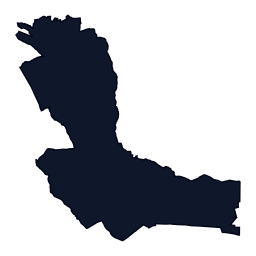 the district of Lungesti, Vâlcea, Romania
{"feature_id": "2599482B14726435776236", "entity_name": "Lungesti", "entity_type": "district", "adm_level": 2, "iso_a3": "ROU", "parent_name": "Romania", "parent_adm1": "Vâlcea", "projection": "robinson", "projection_center": [24.176, 44.603], "detail": "fine", "context": "isolated", "style": "filled", "palette": "ink", "viewbox_px": 256, "rotation_deg": 0, "n_neighbors": 0, "source": "geoboundaries", "source_scale": "gbopen_adm2", "svg_char_len": 5698}
<svg xmlns="http://www.w3.org/2000/svg" viewBox="0 0 256 256"><path d="M239.3,235.0L239.4,227.4L234.6,227.4L234.6,225.5L230.2,225.0L236.0,218.1L233.6,218.5L233.4,217.3L236.3,216.7L234.5,209.8L233.9,208.4L238.3,207.2L238.3,206.4L238.1,206.2L238.2,201.8L239.7,201.6L239.9,181.9L239.4,181.4L238.6,181.3L236.6,181.6L229.3,180.3L228.2,180.8L224.6,181.5L221.9,182.3L217.5,180.4L213.7,179.7L210.6,177.4L205.4,175.1L203.5,175.0L203.2,175.4L199.9,176.9L198.1,178.4L193.3,180.3L192.4,180.9L189.9,180.8L188.7,179.6L186.7,178.9L185.4,178.2L181.2,176.8L178.9,176.3L177.2,176.5L175.2,176.4L175.2,176.1L174.5,175.6L174.4,174.8L173.9,174.0L174.1,172.6L173.6,171.8L173.0,171.4L171.6,171.1L170.4,168.6L170.1,168.4L169.4,168.6L168.5,167.5L168.0,167.2L165.6,166.7L165.1,166.8L164.7,167.5L164.1,167.8L162.5,167.6L161.2,167.0L157.6,164.6L154.7,162.2L152.5,161.5L151.9,161.7L150.2,160.5L148.8,160.2L147.9,160.2L147.5,159.8L147.7,159.7L147.2,159.7L145.8,159.0L145.0,159.2L144.1,159.7L143.4,159.8L139.7,159.2L138.4,158.8L137.1,158.1L137.2,157.9L137.0,157.4L137.0,156.9L136.6,156.6L136.8,156.0L136.0,156.2L135.7,156.7L135.7,157.4L135.6,157.6L134.8,157.8L132.5,157.9L132.3,157.6L132.5,157.3L132.2,156.9L132.6,156.0L132.5,155.0L130.6,155.0L130.9,153.0L130.4,151.5L126.6,151.6L125.5,150.0L124.5,150.1L123.6,149.0L123.1,148.9L122.1,147.2L121.9,145.9L121.2,143.7L120.7,143.3L119.9,143.7L119.6,143.4L118.6,143.8L118.0,143.6L117.9,143.3L117.9,142.3L117.3,141.6L116.8,138.8L116.1,138.6L115.8,138.2L115.8,137.9L116.3,137.5L115.5,135.7L115.8,134.9L115.4,133.9L115.4,133.2L115.1,132.6L114.7,132.3L114.4,131.3L115.0,130.3L115.0,129.3L115.7,128.8L115.5,128.1L115.8,127.1L115.3,125.8L114.8,125.2L115.1,124.8L115.1,124.1L115.8,123.3L115.4,122.9L115.4,122.5L116.6,121.3L116.7,120.4L117.8,118.6L117.8,118.2L118.2,116.9L118.2,115.4L118.5,114.3L118.2,112.9L118.3,112.0L117.6,110.5L117.7,110.0L117.3,108.9L117.1,108.5L116.7,108.2L116.7,107.2L116.5,106.9L115.6,106.6L115.4,106.0L114.9,105.4L115.8,104.0L115.6,103.3L116.0,102.4L115.4,100.1L114.7,99.8L114.5,99.5L114.7,98.3L114.4,97.4L115.0,95.8L114.9,94.3L114.5,93.6L114.5,91.5L115.7,90.1L116.6,87.8L116.6,86.8L116.4,86.0L117.0,83.5L116.7,82.4L116.8,82.1L116.7,81.7L116.9,81.3L116.4,80.9L116.7,80.4L116.7,78.3L117.0,77.1L116.1,74.8L115.6,74.5L115.6,73.6L114.6,72.9L113.0,71.0L112.9,70.3L112.6,69.3L112.6,68.4L112.0,66.6L112.0,62.4L110.6,60.3L109.3,56.5L108.5,55.4L107.8,53.6L106.6,52.0L107.1,50.3L107.8,49.0L107.9,45.8L107.8,45.2L106.9,42.8L105.6,41.5L105.7,40.0L105.3,39.4L104.4,38.6L101.1,37.6L99.7,37.4L96.9,37.8L96.5,34.9L95.0,33.2L94.7,32.5L94.4,29.7L94.1,29.3L93.5,29.0L91.8,29.0L90.7,29.4L89.5,28.7L89.2,28.8L86.2,29.4L83.5,30.6L79.9,31.7L79.7,31.0L79.4,30.8L79.7,28.4L79.9,27.9L79.8,27.5L79.9,26.0L79.5,25.3L79.6,24.8L80.8,23.3L80.7,22.7L80.4,22.0L80.1,19.2L80.2,18.5L80.1,18.1L78.5,18.2L77.0,18.5L72.8,18.5L71.9,18.1L71.7,17.7L69.9,17.1L68.0,15.4L66.3,16.6L66.6,19.1L61.0,22.0L60.3,19.8L55.9,20.8L57.4,18.7L55.1,18.1L52.6,21.5L51.0,21.2L50.6,20.5L50.5,19.2L49.9,19.2L49.5,19.0L49.7,18.5L50.4,17.6L50.5,16.5L50.2,16.4L47.8,16.7L47.7,17.5L47.2,17.7L43.7,16.4L42.0,17.2L38.8,19.4L34.8,20.0L35.0,20.7L34.8,21.5L34.9,22.3L34.4,23.2L33.8,23.5L33.4,24.1L33.5,25.1L33.2,25.7L33.1,26.7L32.9,27.2L33.2,28.3L32.4,29.0L32.8,28.4L31.8,27.4L30.4,26.6L30.0,26.6L30.2,25.9L27.9,25.3L28.0,25.0L24.5,23.7L24.3,23.9L21.0,23.0L20.6,23.4L20.0,23.5L18.4,23.1L17.5,23.2L18.2,26.1L21.5,28.4L23.2,27.8L25.1,28.4L29.1,30.8L29.3,31.5L29.3,33.1L32.0,35.9L31.0,36.3L30.1,36.0L19.0,31.5L18.8,32.4L16.1,34.9L18.1,38.5L18.9,39.2L21.0,40.2L23.3,41.6L25.1,42.2L27.7,43.8L30.1,44.4L31.5,45.0L32.2,45.9L34.5,47.8L35.3,48.9L37.1,50.0L39.4,52.8L41.6,54.4L41.9,55.3L42.2,55.6L43.4,56.3L39.8,56.9L37.5,57.5L34.2,59.1L32.6,60.2L32.1,60.2L31.0,61.1L29.2,61.8L28.3,62.0L27.5,61.8L25.1,61.8L23.9,63.1L22.9,63.6L21.5,66.4L21.0,67.0L20.0,67.4L31.2,86.7L36.9,99.2L39.4,104.5L40.5,108.8L41.4,110.7L43.2,110.0L44.3,108.8L46.2,108.0L48.2,107.4L48.3,107.8L48.9,107.5L48.5,108.2L49.5,109.0L49.4,109.9L50.0,110.1L49.9,111.3L50.4,111.7L51.1,113.8L51.8,114.8L51.8,115.0L51.2,115.2L52.4,117.4L53.5,118.3L54.7,119.9L55.1,120.1L55.7,119.9L56.3,120.0L60.5,122.6L61.0,123.0L61.8,124.7L62.5,125.0L64.0,125.2L65.6,127.1L67.0,130.6L66.9,131.2L67.5,133.0L69.3,135.2L70.8,139.2L72.5,141.5L74.0,145.4L74.0,146.5L74.8,148.1L72.9,148.7L68.7,149.0L66.8,149.5L63.1,149.3L56.3,150.0L55.2,150.0L53.6,149.4L49.2,148.8L48.1,148.8L47.0,149.6L43.9,154.6L40.5,157.1L39.2,158.4L38.9,159.0L38.3,161.4L37.7,161.5L36.6,159.8L36.1,159.8L36.2,162.7L36.6,163.9L37.3,164.8L36.7,165.2L38.5,167.0L39.5,167.3L39.6,168.1L41.2,169.3L42.6,170.9L44.0,171.8L44.2,172.5L45.2,174.0L46.4,174.6L47.4,174.7L49.0,175.4L49.0,176.1L48.3,177.9L48.2,179.7L48.9,182.0L50.4,184.6L50.5,185.1L50.2,186.7L50.3,187.3L50.2,187.9L50.7,189.6L50.4,191.0L50.8,192.5L52.2,193.1L52.7,193.6L53.9,195.7L54.7,196.4L61.3,199.4L63.4,201.6L64.5,203.8L65.1,204.3L66.9,205.2L67.4,206.0L68.6,206.5L71.3,208.6L71.5,209.1L71.2,210.3L72.2,212.2L73.3,213.6L73.9,214.2L75.0,214.7L75.5,215.3L75.8,215.7L75.6,216.1L76.0,216.3L77.1,217.4L77.1,217.8L76.8,218.3L77.2,218.9L78.5,219.0L79.7,220.1L80.3,221.5L81.4,223.4L84.3,225.7L85.4,227.1L86.1,227.5L86.5,228.2L86.9,228.3L88.2,227.7L97.0,222.4L102.0,220.5L102.9,222.4L103.7,223.6L105.1,226.9L106.8,229.1L110.2,231.6L110.5,232.9L111.1,234.2L112.8,236.0L114.9,237.4L122.5,240.6L124.1,239.7L127.5,237.3L134.0,232.0L136.2,230.5L137.3,229.4L143.4,224.8L148.2,227.0L148.8,227.8L151.0,226.8L153.2,225.3L153.8,225.6L155.4,225.4L155.7,223.8L156.6,223.7L165.9,224.0L170.6,223.8L171.4,224.0L177.8,224.5L186.2,224.8L191.3,225.6L197.4,225.8L220.6,227.4L222.4,232.3L224.2,232.3L228.2,232.8L234.2,233.8L238.5,235.0L239.3,235.0Z" fill="#0f172a" stroke="#020617" stroke-width="1.5"/></svg>